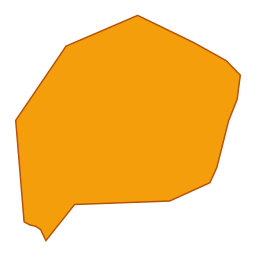 Bouvet Island, Mercator projection
{"feature_id": "BVT+00?", "entity_name": "Bouvet Island", "entity_type": "state/province", "adm_level": 1, "iso_a3": "NOR", "parent_name": "Norway", "parent_adm1": "", "projection": "mercator", "projection_center": [3.419, -54.421], "detail": "fine", "context": "isolated", "style": "filled", "palette": "amber", "viewbox_px": 256, "rotation_deg": 0, "n_neighbors": 0, "source": "natural_earth", "source_scale": "10m", "svg_char_len": 333}
<svg xmlns="http://www.w3.org/2000/svg" viewBox="0 0 256 256"><path d="M193.5,42.5L226.2,60.7L240.3,75.2L237.1,99.5L228.6,120.8L216.8,167.6L209.9,182.7L169.6,201.0L74.6,204.5L45.9,240.6L40.6,229.5L35.4,226.2L30.0,225.0L24.1,221.9L15.7,120.4L66.1,46.1L137.6,15.4L193.5,42.5Z" fill="#f59e0b" stroke="#b45309" stroke-width="1.5"/></svg>